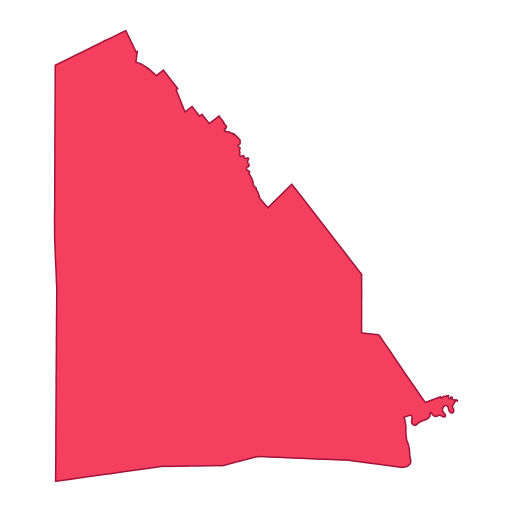 the district of Ongkharak, Nakhon Nayok, Thailand
{"feature_id": "78962969B80179535824157", "entity_name": "Ongkharak", "entity_type": "district", "adm_level": 2, "iso_a3": "THA", "parent_name": "Thailand", "parent_adm1": "Nakhon Nayok", "projection": "mercator", "projection_center": [101.067, 14.102], "detail": "fine", "context": "isolated", "style": "filled", "palette": "rose", "viewbox_px": 512, "rotation_deg": 0, "n_neighbors": 0, "source": "geoboundaries", "source_scale": "gbopen_adm2", "svg_char_len": 5931}
<svg xmlns="http://www.w3.org/2000/svg" viewBox="0 0 512 512"><path d="M105.6,40.2L104.2,40.8L103.4,41.5L99.8,43.3L94.4,45.9L81.7,52.3L76.3,54.8L71.4,57.3L55.5,65.1L55.3,65.3L55.2,65.5L55.2,74.0L55.2,76.7L55.2,84.7L54.9,139.1L54.9,151.4L54.8,169.5L54.7,195.4L54.7,204.5L54.5,219.6L54.6,229.5L54.6,233.7L54.6,237.2L55.1,249.6L55.2,252.2L55.5,260.3L56.0,269.7L56.5,284.0L56.7,284.8L56.5,285.2L56.7,285.6L56.8,286.1L56.7,299.7L56.7,302.0L56.6,313.8L56.5,316.2L56.6,317.4L56.5,318.9L56.5,320.1L56.5,321.1L56.5,323.7L56.5,335.5L56.4,336.0L56.4,336.5L56.3,337.5L56.5,337.9L56.3,338.8L56.4,339.4L56.4,342.1L56.4,342.7L56.4,343.6L56.4,351.4L56.3,355.9L56.3,358.4L56.2,366.3L56.3,366.7L56.1,379.8L56.2,385.0L56.1,392.2L56.1,395.9L56.0,401.1L56.0,408.4L55.8,455.9L55.7,473.2L55.6,476.1L55.6,481.3L71.8,479.1L85.6,477.0L99.4,475.1L106.6,474.1L110.2,473.8L123.0,471.8L129.0,471.0L152.9,467.7L161.0,466.5L163.3,466.4L170.9,466.4L186.2,466.1L188.7,466.1L192.8,465.9L196.8,466.0L211.7,465.7L217.9,465.6L219.9,465.7L223.3,465.6L236.7,461.9L242.5,460.5L244.7,459.8L246.0,459.5L247.0,459.4L249.1,458.7L256.1,456.9L257.8,456.7L260.6,456.6L264.3,456.7L268.5,457.0L283.6,457.5L285.6,457.7L286.7,457.7L297.9,458.2L303.9,458.4L317.3,459.1L328.7,459.4L341.5,460.0L348.2,460.2L348.9,460.3L351.3,460.7L370.1,463.2L372.6,463.5L376.8,464.0L402.4,467.5L403.0,467.2L404.7,467.0L406.2,466.7L407.3,466.3L408.4,465.6L409.5,464.5L410.0,464.0L410.4,463.2L410.6,462.7L410.7,461.5L410.7,460.0L410.5,459.0L409.7,455.5L409.7,455.1L409.7,452.9L409.6,452.0L409.3,449.4L409.2,448.4L408.3,444.3L407.5,442.1L406.9,440.8L406.5,438.9L405.9,433.4L405.9,432.2L405.9,427.3L405.7,425.2L405.0,420.8L404.7,419.1L404.4,418.5L404.2,418.2L403.8,417.9L403.8,417.6L404.1,417.3L404.6,417.0L407.8,415.9L409.2,415.5L410.2,415.4L410.9,415.4L411.5,415.6L411.9,416.1L412.1,416.5L412.1,416.9L411.6,421.1L411.6,422.2L411.7,423.0L412.1,423.7L412.7,424.3L414.1,425.2L414.4,425.3L415.0,425.4L415.6,425.3L416.1,425.0L417.9,423.5L418.8,422.7L419.3,422.4L420.0,422.0L421.2,421.4L423.8,420.3L426.3,419.5L426.9,419.2L428.2,418.3L429.5,416.8L429.8,416.2L430.0,415.6L430.1,415.1L430.1,412.9L430.2,412.7L430.4,412.6L430.7,412.6L431.0,412.8L431.9,413.9L433.3,415.4L434.0,416.0L434.7,416.3L435.4,416.4L436.1,416.4L437.4,416.0L438.6,415.5L439.3,415.3L439.8,415.2L440.4,415.4L442.3,416.4L443.2,416.8L444.1,416.9L444.8,416.8L445.3,416.4L445.5,416.0L445.5,415.6L445.4,415.0L445.2,414.5L443.5,412.4L442.7,411.3L442.6,410.7L442.5,410.2L442.5,409.2L442.7,408.6L443.2,407.4L444.0,406.3L444.5,405.8L445.0,405.7L445.4,405.6L446.4,405.6L446.6,405.7L447.1,406.0L447.6,406.4L448.0,406.9L448.1,407.1L448.3,407.9L448.8,409.9L449.6,411.7L450.0,412.2L450.5,412.7L451.1,412.9L452.0,413.0L452.6,412.8L453.0,412.5L453.4,412.2L453.6,411.7L453.8,410.7L453.6,409.7L453.4,409.1L452.5,407.2L452.5,406.5L452.6,405.7L453.1,404.9L454.8,402.1L455.5,401.1L455.9,400.8L456.4,400.7L457.0,400.8L457.4,401.0L457.5,400.7L457.4,400.4L456.9,400.1L456.0,399.8L455.5,399.8L454.8,400.0L454.3,400.0L453.5,399.8L452.7,399.4L452.3,399.1L452.1,398.9L452.1,398.7L452.3,397.9L452.1,397.2L451.8,397.0L451.1,397.0L450.8,397.2L450.7,397.5L450.6,398.4L450.5,398.6L450.4,398.7L450.0,398.8L449.5,398.7L448.9,398.2L448.3,397.4L448.3,397.0L448.5,396.3L448.6,395.9L448.5,395.6L448.2,395.5L447.5,395.6L447.0,395.7L446.6,395.9L445.9,396.4L444.6,396.2L443.6,396.4L443.1,396.7L442.4,397.7L442.2,397.8L441.6,398.0L441.3,398.0L441.0,397.8L440.9,397.7L440.7,396.7L437.6,397.8L434.8,398.9L432.1,399.9L427.8,401.5L425.7,402.2L425.3,402.2L425.1,402.1L424.1,400.9L414.2,386.5L405.0,373.3L401.6,368.2L393.1,355.7L389.7,350.5L383.9,342.3L380.6,337.3L379.8,336.1L379.0,335.2L378.6,334.9L377.9,334.7L370.5,333.9L365.6,333.4L365.3,333.3L364.7,333.2L364.4,333.1L364.1,333.4L363.7,333.2L361.6,333.0L361.6,323.3L361.4,322.0L361.6,321.2L361.6,320.5L361.6,315.3L361.6,312.0L361.6,299.2L361.7,296.9L361.6,278.2L361.6,274.3L359.4,271.5L357.9,269.6L356.2,267.4L354.4,265.0L348.3,257.2L345.7,253.7L333.0,237.4L304.3,200.2L293.5,186.4L291.7,184.3L268.0,207.6L267.9,207.7L262.9,202.0L258.9,197.0L258.9,196.9L259.4,196.5L257.9,192.1L257.0,190.8L256.5,190.2L256.2,188.0L254.6,186.9L254.1,185.9L253.2,184.9L253.1,184.1L253.1,182.6L253.0,182.0L252.9,181.6L252.4,180.6L252.0,179.0L251.3,177.6L250.1,175.3L248.6,173.5L249.5,172.7L249.7,172.2L249.6,171.7L249.2,171.2L247.3,170.1L246.5,169.3L246.4,168.9L246.4,168.2L246.5,167.9L246.7,167.2L246.9,167.0L247.2,166.9L247.6,166.8L248.0,166.9L248.2,166.6L248.7,166.4L249.0,165.7L249.2,164.9L249.1,164.6L248.5,164.3L248.0,163.4L247.8,163.0L247.7,162.3L247.7,160.9L248.5,158.9L248.5,158.6L248.5,158.3L248.2,158.0L247.8,157.9L247.3,157.9L246.3,158.3L245.7,158.4L245.3,158.4L245.0,158.2L244.6,157.9L244.3,157.5L243.9,156.2L243.5,155.7L243.2,155.5L242.7,155.6L241.8,156.3L241.2,156.5L240.9,156.5L240.3,156.2L240.0,155.9L239.8,155.6L239.8,155.0L239.9,152.4L239.8,151.8L239.3,150.9L239.2,150.6L240.0,148.9L240.1,148.6L240.1,148.2L240.0,147.9L238.1,146.1L237.9,145.7L238.0,145.4L238.1,145.1L239.8,144.1L240.0,143.8L240.1,143.2L240.1,140.5L240.1,140.2L238.6,138.4L237.2,136.9L233.9,133.8L233.1,134.4L232.9,134.2L232.5,133.4L232.3,133.3L232.0,133.1L230.8,133.0L230.4,132.8L229.9,132.6L229.0,131.8L228.6,131.8L227.0,131.9L226.2,131.5L225.4,131.4L224.9,131.1L224.6,130.9L224.5,130.7L225.0,129.9L225.0,129.6L224.7,129.1L224.7,128.9L224.9,128.7L225.0,128.6L225.6,128.5L225.8,128.4L226.0,127.7L226.4,127.2L226.5,126.1L226.3,126.0L225.7,125.7L225.3,125.3L224.7,124.4L224.4,123.6L223.8,123.4L223.7,123.4L223.6,123.1L223.7,122.5L223.7,122.2L221.0,118.7L219.0,116.0L215.0,119.2L209.2,123.5L202.0,114.3L199.5,116.2L192.1,106.5L185.0,112.0L176.2,89.8L177.7,88.6L168.6,76.9L163.4,70.1L156.2,75.7L155.7,75.0L155.2,74.7L148.5,68.5L148.0,68.8L147.5,68.2L147.3,67.8L146.4,67.3L142.3,64.6L141.1,64.0L135.9,62.1L137.3,51.6L136.2,52.2L128.7,36.6L126.2,31.6L125.7,30.7L120.0,33.4L112.5,37.2L107.7,39.5L106.7,39.9L105.6,40.2Z" fill="#f43f5e" stroke="#9f1239" stroke-width="1.5"/></svg>